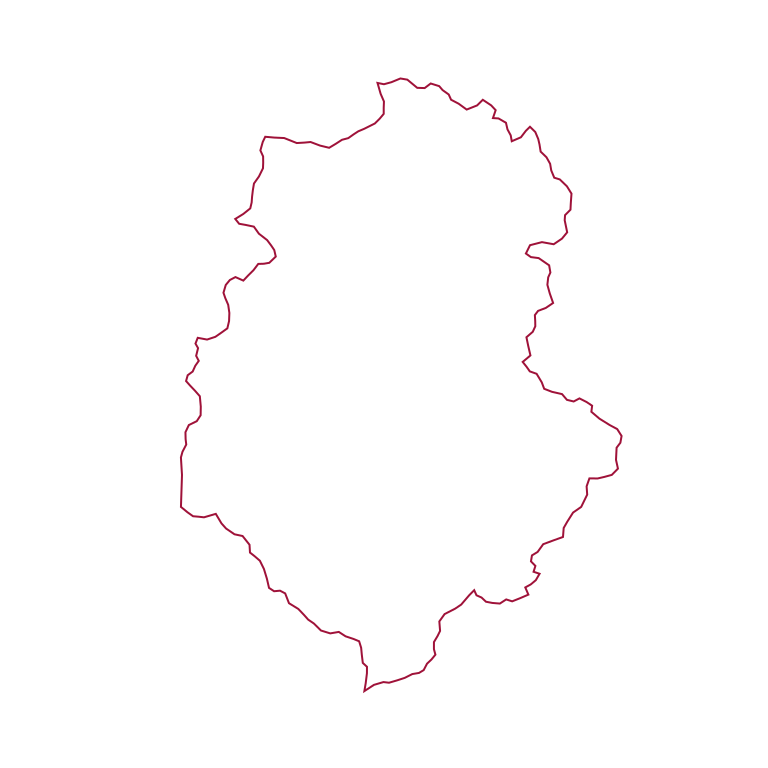 Guareí, São Paulo, Brazil (orthographic projection), rotated 77°
{"feature_id": "56859067B44284310246049", "entity_name": "Guareí", "entity_type": "district", "adm_level": 2, "iso_a3": "BRA", "parent_name": "Brazil", "parent_adm1": "São Paulo", "projection": "orthographic", "projection_center": [-48.224, -23.376], "detail": "fine", "context": "isolated", "style": "outline", "palette": "rose", "viewbox_px": 768, "rotation_deg": 77, "n_neighbors": 0, "source": "geoboundaries", "source_scale": "gbopen_adm2", "svg_char_len": 3268}
<svg xmlns="http://www.w3.org/2000/svg" viewBox="0 0 768 768"><g transform="rotate(77 384 384)"><path d="M427.2,601.3L458.1,609.5L464.7,604.4L469.9,599.8L471.6,594.5L473.4,589.4L472.7,577.1L483.3,573.7L489.3,570.4L496.8,563.5L500.3,556.0L510.4,551.2L518.1,552.5L522.3,549.1L528.3,544.7L537.2,542.6L547.4,541.9L556.8,541.9L561.2,537.7L562.0,531.8L565.8,527.4L576.2,525.9L583.9,518.1L591.0,513.9L596.5,510.9L601.6,506.2L610.0,500.9L614.9,492.5L615.4,483.8L621.2,478.2L625.6,471.0L629.1,466.1L635.9,465.6L642.6,466.5L651.0,467.4L655.7,464.2L662.0,465.7L671.6,469.2L678.8,472.2L674.9,461.5L674.3,451.6L676.2,446.3L675.7,437.7L675.0,429.9L673.0,421.7L673.4,414.9L671.7,409.7L666.2,405.0L663.1,399.7L659.3,394.8L653.6,395.0L646.7,393.4L641.6,388.5L637.2,384.9L627.8,383.5L621.8,376.7L618.9,365.2L616.3,358.4L609.0,348.5L605.2,342.5L610.7,341.4L614.0,337.0L619.1,333.6L621.7,327.7L624.0,320.5L621.4,313.4L624.6,308.0L623.3,299.5L621.7,290.7L614.0,292.1L612.3,286.1L609.3,280.2L603.9,275.1L600.6,280.5L595.3,277.4L589.9,280.7L584.3,278.4L582.2,272.1L575.9,264.9L574.5,254.1L573.3,244.0L564.7,241.3L559.5,236.5L551.8,228.7L548.1,219.5L537.5,210.9L529.3,209.6L522.2,205.1L524.1,197.0L524.1,190.3L523.8,182.5L519.1,175.1L510.1,175.0L498.4,171.7L494.4,166.9L488.1,164.2L480.4,166.9L474.7,173.4L466.2,181.9L457.7,188.2L452.0,186.1L447.1,190.7L442.0,196.8L443.7,203.1L440.6,209.3L433.9,212.8L429.4,222.1L424.7,229.0L417.9,229.9L408.4,233.0L404.5,239.1L399.3,241.2L393.7,243.9L389.1,234.9L379.3,234.9L370.5,234.7L366.6,227.3L361.8,223.6L356.7,222.5L350.8,221.5L347.4,217.4L346.3,209.3L343.1,201.0L333.1,202.1L324.1,202.5L317.0,200.0L312.8,196.8L305.5,196.4L296.1,205.0L293.4,212.3L288.8,216.4L281.6,210.5L281.3,198.2L286.0,187.2L282.4,177.9L277.4,171.4L265.1,171.1L260.2,169.6L256.1,163.1L249.8,161.3L240.7,158.5L232.5,161.3L224.2,166.7L221.3,171.7L213.5,173.0L206.8,172.6L199.6,174.7L192.8,179.1L185.6,178.6L180.0,178.6L172.5,179.9L166.2,183.9L169.2,188.8L174.4,195.1L176.2,204.9L170.2,204.6L163.7,206.4L156.9,206.4L151.0,212.7L149.4,218.0L142.3,213.6L136.6,216.9L129.3,223.8L133.5,230.6L135.2,241.7L127.7,248.2L122.1,254.7L116.5,255.8L110.8,260.8L106.2,263.2L101.7,270.9L104.8,277.8L102.9,285.0L92.7,292.8L90.0,299.3L91.6,308.9L91.9,316.6L89.2,322.6L100.5,322.0L108.7,320.5L115.0,322.2L120.7,323.5L124.5,328.5L128.1,334.3L130.9,345.9L132.0,352.2L133.9,357.4L136.4,363.5L136.6,370.0L139.1,376.9L141.5,384.3L137.3,392.7L131.7,401.1L130.9,407.1L129.6,414.8L121.9,425.9L119.2,435.5L116.4,444.1L120.9,447.7L128.6,451.9L135.1,450.6L141.1,451.9L146.6,453.4L153.7,459.2L159.4,465.6L165.7,468.2L171.8,470.4L177.3,472.1L182.8,474.8L186.7,482.9L189.7,491.8L195.3,489.1L197.8,483.2L201.4,475.4L209.4,472.1L217.5,465.5L223.6,462.8L228.8,460.8L235.5,460.8L240.1,468.5L239.8,474.0L238.7,479.5L243.7,485.5L247.8,492.1L251.6,497.8L246.4,504.7L248.0,510.8L251.9,515.9L259.0,519.9L264.7,519.3L271.8,518.0L280.0,518.7L287.8,520.8L294.5,524.1L297.1,530.2L300.1,537.7L300.9,546.4L297.1,555.1L302.2,558.6L307.2,557.1L314.3,560.7L319.8,559.3L323.7,563.7L328.8,567.6L331.3,573.3L336.6,576.2L341.9,573.3L348.0,569.7L354.5,566.2L364.8,567.6L373.2,569.7L378.1,574.8L380.1,583.4L386.3,588.3L393.1,589.7L398.5,590.3L404.7,595.6L409.9,598.4L427.2,601.3Z" fill="none" stroke="#9f1239" stroke-width="2"/></g></svg>